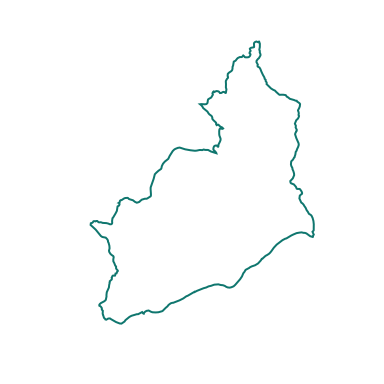 Marmato, Caldas, Colombia, rotated 62°
{"feature_id": "7082276B17776075078711", "entity_name": "Marmato", "entity_type": "district", "adm_level": 2, "iso_a3": "COL", "parent_name": "Colombia", "parent_adm1": "Caldas", "projection": "mercator", "projection_center": [-75.61, 5.489], "detail": "fine", "context": "isolated", "style": "outline", "palette": "teal", "viewbox_px": 384, "rotation_deg": 62, "n_neighbors": 0, "source": "geoboundaries", "source_scale": "gbopen_adm2", "svg_char_len": 5958}
<svg xmlns="http://www.w3.org/2000/svg" viewBox="0 0 384 384"><g transform="rotate(62 192 192)"><path d="M274.6,292.4L276.1,292.2L276.8,291.7L276.0,290.8L275.7,289.5L275.6,288.0L276.3,285.9L278.4,284.5L279.6,283.4L281.3,280.6L282.4,278.1L283.2,274.5L283.2,273.7L281.9,269.5L281.5,267.5L280.7,265.7L280.3,263.1L280.6,261.4L281.0,260.6L281.8,253.9L281.9,249.7L281.4,245.9L281.6,244.6L281.3,236.6L281.6,236.6L281.6,234.1L282.4,226.9L283.0,224.2L283.1,221.7L283.8,219.1L284.1,216.9L284.3,215.8L285.9,212.1L287.6,210.3L288.8,208.5L290.2,207.2L291.8,206.3L293.0,205.3L294.1,203.7L294.5,202.4L294.7,200.9L294.8,199.5L294.3,197.5L291.6,190.5L290.0,187.5L287.8,184.8L287.3,183.5L285.9,181.2L285.9,177.2L285.7,176.5L285.7,174.4L286.3,170.7L286.1,167.2L284.7,163.3L284.1,162.3L284.0,161.4L283.8,161.4L283.8,160.6L282.9,157.0L282.9,155.2L282.7,153.0L282.3,151.6L281.6,149.9L279.6,145.9L278.2,141.9L277.0,134.7L277.0,131.7L277.3,130.4L277.0,124.7L277.1,122.4L277.4,119.0L278.3,116.2L279.1,114.2L280.5,112.6L281.1,111.5L282.3,110.4L286.5,108.4L288.4,106.5L288.3,106.2L287.5,105.7L286.8,104.5L283.7,104.3L283.3,103.2L282.9,102.5L277.6,99.6L274.6,98.4L271.5,97.7L269.0,97.6L268.0,97.9L266.1,99.0L263.7,99.0L262.1,99.3L259.1,99.1L257.1,99.4L255.7,99.4L254.0,99.8L252.6,100.5L248.1,100.2L245.8,98.5L245.3,96.5L245.3,95.9L245.0,95.5L244.4,95.2L243.0,95.0L240.3,95.3L239.7,95.7L238.7,97.6L238.2,98.0L236.2,97.8L233.1,98.5L230.9,100.4L230.0,100.6L228.5,100.1L227.3,96.6L225.1,93.9L223.5,93.2L221.1,92.7L219.2,92.6L217.9,92.1L215.7,92.1L214.9,91.9L214.1,91.7L211.8,90.2L211.5,89.9L210.8,87.6L209.6,85.8L209.5,85.2L208.8,84.6L207.5,83.2L205.3,81.6L204.6,80.2L203.7,79.4L201.9,77.0L200.5,75.6L198.9,75.0L193.4,74.6L189.5,73.9L188.6,73.2L188.1,72.3L187.3,71.6L187.2,70.9L186.3,70.3L183.7,70.2L182.3,69.2L180.0,69.1L177.6,66.3L176.9,63.9L175.7,62.3L175.1,61.8L174.0,61.8L172.9,60.9L171.6,60.4L169.9,60.2L169.6,60.0L168.3,58.1L167.1,56.7L165.1,55.3L164.1,55.4L162.4,56.2L161.6,56.7L160.6,56.7L160.0,57.7L158.7,58.7L155.7,61.8L152.8,63.1L152.3,63.6L150.7,63.7L150.2,64.1L148.8,66.0L147.3,69.0L146.7,69.4L143.1,70.7L141.5,71.1L139.6,72.5L137.7,73.6L131.7,75.5L130.8,74.8L129.6,74.7L128.8,74.9L128.4,74.8L127.6,74.3L126.1,74.7L124.9,74.3L121.8,74.4L118.1,74.2L115.7,73.9L113.7,74.0L112.3,75.0L111.9,75.1L111.3,74.9L110.5,74.1L107.6,74.1L106.6,73.5L106.3,73.1L105.5,71.3L105.2,70.0L103.6,67.5L102.6,66.9L100.4,66.6L99.3,65.9L98.0,65.8L95.9,64.1L93.0,62.5L90.0,62.0L90.7,62.5L90.9,63.2L89.3,64.6L89.2,66.2L89.6,67.2L90.0,67.6L93.0,69.0L93.2,69.3L93.1,69.9L92.4,72.1L92.4,72.9L92.7,73.7L93.5,73.9L94.6,73.9L95.0,74.1L95.6,75.3L96.3,76.0L96.7,76.0L97.7,75.7L98.2,75.9L99.1,77.0L99.5,78.1L99.4,79.1L98.9,80.3L98.0,81.8L97.6,82.1L96.7,82.2L95.5,82.7L96.2,84.3L96.1,85.0L95.3,86.4L95.2,88.6L95.4,89.4L96.5,91.9L96.5,93.9L99.7,96.4L100.5,97.4L102.2,98.4L103.2,99.3L103.7,100.4L104.0,103.4L104.5,104.9L106.3,106.1L107.4,106.2L108.1,106.7L108.6,108.1L109.8,109.9L110.4,110.3L112.8,111.4L115.6,113.0L117.5,113.4L120.3,115.5L120.2,116.0L119.0,116.5L118.4,117.2L118.2,117.9L118.3,119.6L117.8,120.8L116.1,121.1L115.2,121.8L114.3,123.2L114.2,125.5L113.4,125.6L113.4,125.8L113.5,126.3L114.4,127.6L115.9,127.9L117.6,130.7L117.7,133.9L117.9,134.4L118.4,134.9L120.1,136.1L120.8,136.8L121.1,138.0L120.9,138.7L120.6,139.5L118.7,142.6L118.3,143.7L119.9,143.0L121.8,142.7L123.2,142.7L128.3,140.6L130.2,140.5L131.6,140.2L133.9,139.1L134.5,139.0L135.7,139.1L137.0,139.7L138.6,139.4L141.8,138.3L142.4,138.3L143.5,138.9L144.6,138.8L144.7,137.4L145.3,137.0L147.6,136.3L149.1,135.1L150.5,134.7L150.6,135.3L149.6,136.8L149.2,137.7L149.6,138.4L151.0,139.4L153.7,140.8L155.1,141.3L158.2,141.7L159.4,142.3L160.6,143.6L162.6,146.4L164.2,147.4L164.3,147.7L163.9,148.1L162.8,148.2L162.2,148.9L161.9,150.2L162.1,151.2L163.2,152.4L164.3,153.1L165.4,153.1L166.7,152.6L168.6,152.2L169.2,152.3L165.1,156.3L162.5,158.0L162.0,158.8L161.4,160.0L160.8,160.9L160.1,161.6L159.9,162.0L159.9,163.1L158.5,165.5L157.7,168.3L157.0,170.0L154.4,173.8L151.1,178.0L147.0,182.0L146.4,183.8L146.1,186.5L146.2,187.8L146.8,189.8L149.6,194.7L151.6,197.4L152.4,201.7L153.4,204.3L155.0,206.5L156.7,207.9L157.1,208.5L157.5,211.6L158.2,214.4L158.9,216.5L162.4,219.7L168.5,226.3L170.0,227.2L174.7,229.3L175.9,230.0L176.4,230.6L176.7,234.5L176.6,235.3L175.8,236.8L175.2,239.9L175.6,241.9L176.0,243.1L175.8,244.7L175.5,245.8L173.9,247.0L171.6,248.0L168.7,250.9L167.2,251.4L166.9,251.7L166.0,253.7L165.8,254.8L166.1,258.1L165.8,258.5L165.8,259.3L166.0,259.8L167.1,260.7L167.2,261.7L167.4,261.5L168.0,261.7L168.6,261.6L169.5,262.5L169.7,262.8L169.8,264.5L173.4,267.2L175.0,269.5L177.5,273.6L177.8,274.5L180.1,276.2L181.7,276.9L182.3,277.4L182.5,278.0L182.5,278.6L181.9,279.7L180.5,280.8L179.2,282.3L177.4,285.3L175.9,286.7L175.3,288.1L174.8,288.7L173.1,289.3L172.7,290.1L172.7,290.9L172.2,291.3L171.6,292.7L172.1,293.6L172.4,294.4L172.1,296.0L173.5,297.0L180.0,294.7L188.1,293.1L189.6,292.3L191.8,289.6L194.0,289.0L195.3,289.0L196.5,289.5L197.7,289.5L200.7,290.2L203.0,291.2L204.8,292.8L206.0,293.2L208.1,293.1L209.7,292.6L211.6,291.6L212.7,291.7L214.5,293.1L216.3,294.0L218.4,294.0L220.6,294.3L221.2,294.3L222.1,294.0L223.4,294.7L223.9,294.9L225.0,294.8L226.5,294.4L227.1,294.8L227.3,295.6L228.4,296.8L228.3,297.3L228.1,297.8L228.3,298.0L229.6,299.1L229.7,299.3L228.7,300.9L228.8,301.6L229.3,302.3L229.9,302.9L230.0,303.2L231.1,303.5L231.6,304.1L232.2,306.5L232.9,306.8L233.2,307.3L233.9,307.6L235.1,308.7L237.3,310.2L240.5,314.3L242.8,315.9L244.2,316.6L246.7,318.7L247.0,319.4L247.3,320.8L247.3,324.6L247.6,325.9L248.1,326.8L248.6,327.1L249.0,327.2L249.7,326.6L250.6,326.3L251.8,326.1L252.8,326.4L252.9,326.6L253.6,326.8L255.0,326.5L257.7,328.1L258.5,328.1L259.2,328.4L260.0,328.4L261.2,328.7L262.2,328.7L263.1,328.3L263.9,328.3L264.5,327.6L264.4,325.4L265.1,323.8L266.1,323.3L271.2,320.1L274.2,317.5L275.1,316.0L274.7,312.4L273.9,310.9L272.9,305.8L272.9,303.5L274.0,298.1L274.6,296.9L274.6,292.4Z" fill="none" stroke="#0f766e" stroke-width="2"/></g></svg>